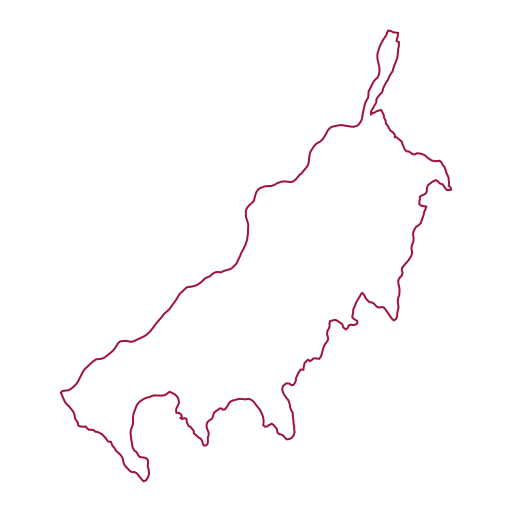 Pedras de Maria da Cruz, Minas Gerais, Brazil (Natural Earth projection)
{"feature_id": "56859067B60399140599304", "entity_name": "Pedras de Maria da Cruz", "entity_type": "district", "adm_level": 2, "iso_a3": "BRA", "parent_name": "Brazil", "parent_adm1": "Minas Gerais", "projection": "natural_earth1", "projection_center": [-44.322, -15.582], "detail": "fine", "context": "isolated", "style": "outline", "palette": "rose", "viewbox_px": 512, "rotation_deg": 0, "n_neighbors": 0, "source": "geoboundaries", "source_scale": "gbopen_adm2", "svg_char_len": 6055}
<svg xmlns="http://www.w3.org/2000/svg" viewBox="0 0 512 512"><path d="M451.2,189.6L450.6,187.6L448.8,185.9L449.0,182.7L448.7,180.0L448.6,177.7L446.3,172.5L444.5,166.9L442.9,165.3L441.5,162.4L439.7,160.8L434.6,161.2L431.5,160.4L427.3,157.6L426.0,156.2L424.1,154.9L421.3,153.8L418.9,153.4L416.9,153.3L415.2,154.3L412.8,154.3L409.1,151.6L406.6,151.3L404.9,149.8L403.5,146.3L402.5,144.3L401.9,141.8L396.7,137.4L394.8,137.2L394.8,134.6L392.9,132.3L390.6,130.7L389.1,128.4L387.7,125.7L386.0,123.7L385.6,120.7L384.1,117.8L383.7,115.0L382.4,112.2L380.8,109.9L376.4,111.3L374.7,112.5L372.8,113.0L371.2,114.3L371.0,111.6L376.4,102.1L376.3,99.9L377.3,97.8L378.6,96.0L380.1,94.2L381.8,92.7L382.7,90.6L383.0,88.6L385.5,83.5L387.8,80.0L389.7,75.7L392.6,71.2L393.5,67.8L397.4,57.6L398.3,48.4L398.8,46.4L399.0,42.3L396.5,40.9L397.0,38.6L397.8,36.3L398.0,32.9L393.0,32.2L390.7,30.9L388.0,30.7L386.1,35.5L383.1,39.8L380.6,44.6L379.4,47.4L377.6,53.1L377.3,56.2L377.6,59.6L378.9,65.1L379.4,67.7L379.5,70.1L379.2,73.4L378.2,76.3L377.2,77.9L375.5,79.3L373.6,81.6L368.6,91.5L368.4,93.9L368.4,96.2L367.9,98.1L366.5,100.4L365.1,103.3L363.6,109.7L362.6,114.5L362.3,117.1L361.7,119.5L360.9,121.3L359.6,123.3L358.1,125.1L356.3,126.1L353.6,126.8L351.1,126.6L342.2,125.2L340.1,125.1L333.9,126.3L331.6,126.9L329.2,128.7L327.4,131.0L326.3,133.5L322.7,139.3L319.5,142.0L317.9,142.7L315.5,144.5L313.7,146.6L310.5,151.6L309.6,154.7L308.6,163.0L307.9,165.0L306.7,167.0L301.4,173.5L299.6,174.9L295.7,179.5L293.3,181.3L291.2,182.1L284.6,181.4L282.7,181.5L280.2,182.1L277.3,183.2L274.5,184.8L271.3,186.0L266.0,186.2L264.2,186.5L260.4,188.0L258.4,189.3L256.7,191.5L255.7,193.9L254.7,197.4L254.1,200.4L252.7,202.2L249.1,205.4L247.3,207.5L246.0,210.1L245.8,212.9L245.9,216.7L247.7,222.3L248.3,225.1L247.9,234.0L247.0,240.2L245.1,245.7L241.0,253.6L240.1,255.9L236.4,263.6L235.1,265.1L231.6,268.4L229.4,269.4L225.0,270.5L220.4,272.5L218.5,272.0L215.8,272.1L213.4,273.3L211.6,274.6L209.8,276.3L205.3,278.2L201.0,282.3L197.0,285.0L194.0,286.1L190.5,286.8L188.6,286.9L186.4,287.6L179.6,294.0L176.0,300.0L169.2,309.4L164.1,313.9L162.4,316.2L155.7,324.0L151.0,330.5L147.1,334.3L144.7,336.0L133.3,341.4L130.9,341.8L126.2,340.9L122.6,341.0L120.3,341.4L118.2,343.0L115.1,348.0L113.2,350.4L110.8,352.6L105.2,357.0L103.5,358.1L101.1,358.8L96.0,359.4L93.0,361.4L84.6,369.3L82.9,371.8L78.0,381.5L76.2,384.1L74.0,386.4L70.5,389.2L68.1,390.3L62.5,391.0L60.8,392.6L64.3,400.6L65.5,402.7L67.1,404.6L69.1,406.4L73.4,411.8L74.6,415.1L74.9,418.0L76.1,420.2L77.8,422.7L78.4,425.8L80.6,426.5L83.0,426.7L85.8,426.7L87.3,428.5L89.1,429.8L91.4,429.7L93.8,430.2L95.4,431.8L97.5,431.9L101.6,434.0L105.0,437.3L108.1,441.5L110.9,441.9L112.7,446.3L114.1,447.4L116.3,451.1L120.6,454.9L122.1,457.1L123.0,459.7L123.5,462.7L124.4,464.9L128.6,469.6L130.7,471.6L133.2,472.2L134.9,472.2L136.8,473.3L142.0,479.8L143.7,481.3L145.9,480.4L147.7,477.7L148.8,475.1L149.0,473.0L148.8,470.8L148.4,468.8L147.7,466.4L148.1,463.1L147.9,460.3L146.5,458.4L144.3,457.6L141.2,457.3L139.3,456.6L138.0,454.8L136.7,452.3L134.2,450.4L132.6,447.3L131.2,438.9L130.5,432.3L131.0,429.5L132.9,424.3L133.1,421.9L133.0,418.2L133.4,414.1L136.8,405.1L138.3,403.1L139.6,401.8L141.1,400.6L144.7,398.4L149.7,396.9L152.2,395.9L154.2,395.4L161.9,395.6L165.0,395.1L169.6,391.8L172.5,393.1L174.8,394.4L177.2,396.6L178.4,399.0L179.0,402.5L178.0,405.4L176.6,407.9L176.0,410.0L176.4,412.8L179.1,412.9L181.2,414.7L181.9,416.5L180.5,418.0L182.2,419.1L184.1,418.1L186.4,418.7L186.9,422.5L188.7,426.0L190.7,427.0L193.8,431.1L193.8,433.2L198.3,437.3L200.6,438.6L202.3,441.2L202.8,443.8L203.9,445.5L206.1,445.4L207.7,443.6L207.9,440.7L207.8,437.7L208.6,435.3L208.6,432.3L207.4,429.6L206.5,426.4L206.8,423.9L207.6,421.9L209.3,420.4L211.4,419.2L212.7,417.2L213.9,412.8L216.0,411.0L218.1,409.8L219.6,408.4L221.5,408.5L223.0,409.7L225.0,409.3L227.8,405.5L229.1,402.9L231.1,401.2L232.8,400.5L238.9,398.9L242.3,399.0L244.9,399.4L249.0,398.8L251.1,399.8L253.0,401.1L255.0,403.4L256.2,405.2L259.6,409.3L262.1,414.3L262.9,416.5L263.4,418.7L263.7,421.5L263.2,425.1L264.9,426.7L267.0,426.5L269.2,424.9L271.8,423.7L273.8,425.3L276.6,428.5L277.6,432.8L279.4,434.2L281.6,434.6L283.2,435.6L284.7,437.4L286.5,439.3L289.1,439.1L291.5,438.0L293.7,435.4L294.6,432.2L294.2,429.0L294.2,426.8L293.7,424.6L293.3,419.2L292.8,416.4L292.7,412.6L291.1,410.0L290.2,407.5L289.8,404.5L288.8,401.3L287.8,399.4L286.3,397.8L284.4,395.1L283.2,392.8L282.2,389.7L282.7,386.6L284.7,384.4L286.8,383.3L289.6,383.7L291.5,385.2L293.5,384.9L295.0,382.6L295.8,380.6L296.0,378.2L298.0,373.7L300.5,369.6L303.4,369.7L303.8,366.4L304.7,362.9L306.6,360.9L308.1,359.7L310.0,361.1L311.6,360.2L313.1,358.6L314.8,358.3L319.3,358.8L320.9,356.5L321.9,353.6L323.1,348.6L324.1,345.9L325.6,343.4L327.6,340.8L328.2,338.4L327.0,333.9L327.5,330.7L329.0,328.4L329.7,325.4L329.4,323.1L330.2,321.0L332.6,320.5L334.7,319.8L336.5,320.3L340.1,322.6L342.3,324.3L343.3,327.5L345.8,329.4L347.9,327.8L348.8,325.4L350.9,324.7L353.3,325.0L355.3,324.7L357.2,323.6L357.3,321.2L353.4,318.5L352.2,317.0L353.2,312.5L353.1,310.4L353.7,308.4L354.7,306.4L355.8,303.4L357.1,300.8L360.1,295.9L361.0,294.0L362.5,293.0L364.4,295.3L365.4,298.0L367.3,300.1L369.5,302.2L372.1,302.5L374.1,303.8L376.0,305.9L377.6,307.2L379.5,307.5L381.5,307.0L383.6,307.3L385.0,308.8L391.8,318.6L393.8,320.4L395.8,319.3L396.9,317.1L397.3,314.9L397.3,312.5L398.1,309.6L398.5,306.7L397.7,301.5L398.1,298.3L399.2,295.3L399.5,291.7L399.5,288.8L398.6,284.4L398.2,281.2L398.8,279.0L400.0,277.3L401.8,275.6L402.6,272.9L401.8,270.0L402.2,267.8L404.1,265.3L408.5,260.3L411.2,256.0L412.2,252.6L411.5,249.1L411.9,244.8L413.2,242.3L413.6,239.5L413.5,237.0L413.0,234.6L413.4,231.6L414.6,229.2L416.1,226.8L418.6,225.3L420.9,223.0L421.7,220.2L423.5,215.4L424.2,212.1L425.4,209.3L426.2,206.6L421.2,205.7L419.2,204.0L419.4,201.4L419.9,199.2L419.7,197.0L421.5,195.6L424.2,194.4L426.0,193.2L426.8,191.1L426.9,188.2L427.9,185.2L432.5,181.7L434.2,180.8L436.0,180.1L437.9,181.5L439.8,183.4L442.8,184.5L445.0,187.8L446.7,189.9L448.9,190.1L451.2,189.6Z" fill="none" stroke="#9f1239" stroke-width="2"/></svg>